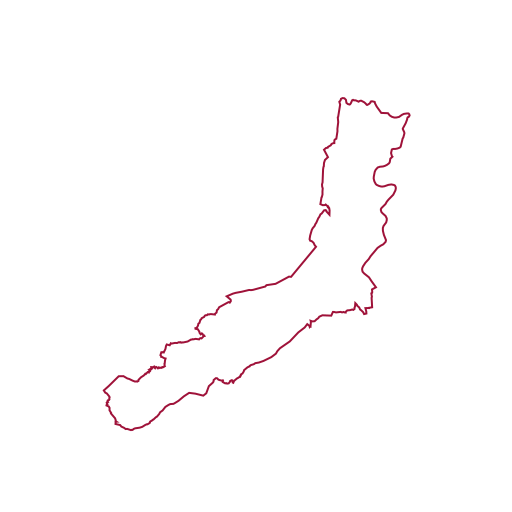 San Lucas, Michoacán, Mexico (Mercator projection), rotated 244°
{"feature_id": "50627088B69518747505267", "entity_name": "San Lucas", "entity_type": "district", "adm_level": 2, "iso_a3": "MEX", "parent_name": "Mexico", "parent_adm1": "Michoacán", "projection": "mercator", "projection_center": [-100.756, 18.588], "detail": "fine", "context": "isolated", "style": "outline", "palette": "rose", "viewbox_px": 512, "rotation_deg": 244, "n_neighbors": 0, "source": "geoboundaries", "source_scale": "gbopen_adm2", "svg_char_len": 6089}
<svg xmlns="http://www.w3.org/2000/svg" viewBox="0 0 512 512"><g transform="rotate(244 256 256)"><path d="M201.9,60.3L199.3,60.6L197.8,61.7L193.9,62.6L193.0,62.4L192.6,61.8L191.4,61.4L191.0,60.7L191.2,59.5L190.7,58.9L189.7,58.9L189.9,58.2L189.6,57.5L188.0,57.5L188.0,56.8L187.2,56.1L185.3,57.7L183.7,57.8L181.5,56.7L178.5,57.0L178.1,56.6L171.9,58.2L169.8,57.9L169.1,57.4L168.3,57.9L168.6,57.2L166.6,56.1L163.6,59.8L161.7,60.2L159.4,62.1L157.6,63.0L157.1,64.4L154.3,67.3L154.2,68.2L153.8,68.8L154.2,70.3L154.1,71.8L152.7,76.2L152.3,78.9L152.7,82.6L152.6,84.2L152.3,84.6L152.5,87.1L152.7,87.6L153.3,87.9L153.7,88.7L153.6,90.0L154.1,91.4L153.9,91.9L155.0,95.4L155.0,96.4L156.4,99.7L157.6,101.3L158.1,104.3L160.1,108.4L160.5,112.1L160.5,114.0L159.3,117.0L159.4,118.7L159.8,122.8L161.5,129.7L162.3,135.9L158.9,141.1L153.6,147.4L154.4,151.1L159.7,156.6L161.1,161.6L161.7,162.7L163.1,163.6L163.8,166.3L163.2,167.4L161.4,168.0L160.7,168.6L158.9,170.7L158.8,171.7L158.4,171.7L157.8,170.9L157.4,170.8L155.0,172.5L154.8,173.5L154.0,174.0L153.5,175.6L154.5,177.7L154.9,177.8L155.1,179.5L154.6,180.2L152.5,179.6L152.0,180.0L153.1,181.2L153.5,182.1L154.3,185.3L154.3,186.6L154.5,187.2L154.3,188.6L155.2,189.7L155.3,190.7L155.6,189.9L156.2,190.7L156.3,192.3L157.6,194.4L158.6,195.2L159.7,199.6L159.6,201.9L160.0,202.2L160.2,203.6L159.7,206.6L160.0,208.4L159.0,211.8L158.4,216.7L158.4,225.4L159.5,231.1L161.1,233.4L162.6,237.1L164.4,248.9L168.8,260.6L170.4,268.4L172.3,272.2L169.8,273.4L168.8,273.2L169.0,273.6L168.6,274.0L172.8,276.5L173.8,276.7L172.5,278.0L171.7,280.1L172.5,282.6L172.8,284.6L173.7,286.3L173.6,289.7L169.4,297.5L172.0,300.6L171.5,301.6L170.2,303.2L168.6,307.7L167.6,308.6L167.3,310.2L166.6,310.7L165.9,311.8L166.5,312.1L167.1,314.2L166.1,316.8L165.7,319.1L164.9,319.8L165.2,321.3L166.4,321.9L167.1,322.8L170.1,324.6L168.0,325.3L166.9,325.2L164.5,326.2L162.3,326.1L161.0,326.8L158.5,327.7L156.4,327.7L155.9,330.0L157.8,330.8L161.2,331.5L159.7,334.7L159.9,334.8L159.0,337.9L167.8,341.6L168.5,342.3L171.9,343.3L172.0,344.2L172.7,344.7L175.1,345.6L175.3,350.1L182.7,348.8L187.3,348.2L193.0,345.5L195.2,344.9L197.2,345.4L198.4,346.1L199.8,347.7L202.0,351.4L203.8,356.0L205.6,358.9L210.0,368.8L210.6,372.6L210.7,375.5L211.9,378.7L213.3,379.8L218.9,380.2L223.0,381.1L225.6,382.3L227.1,383.8L229.1,387.7L231.0,389.3L232.5,390.0L235.2,390.0L239.1,388.4L240.6,388.0L242.4,388.3L243.4,388.8L244.1,389.8L245.9,395.1L247.5,397.4L248.6,399.8L250.9,406.2L253.8,410.0L255.3,411.2L256.7,411.8L258.4,411.8L259.4,411.1L261.0,409.0L261.9,406.1L262.4,401.9L263.1,399.8L263.7,398.8L265.2,397.1L267.1,395.6L268.2,395.2L271.1,395.1L274.0,395.7L275.6,396.6L279.6,399.6L281.0,401.3L282.2,404.2L281.9,406.5L280.8,409.4L280.5,411.3L280.5,413.7L281.0,416.3L281.8,417.4L284.6,419.4L285.4,422.1L285.9,421.9L289.3,422.5L292.2,424.8L292.1,426.2L291.2,428.0L290.6,430.3L290.4,432.6L290.8,433.9L297.3,439.3L297.9,440.3L301.1,443.1L302.2,443.5L305.8,443.6L306.2,443.8L309.7,448.7L312.5,451.7L313.6,452.4L314.2,453.2L314.0,454.0L314.9,455.6L316.1,455.9L317.2,455.6L317.9,454.3L318.9,451.2L318.9,449.1L318.3,445.5L319.0,442.7L319.8,441.0L321.6,439.1L323.8,437.8L326.5,437.2L329.7,431.3L337.4,430.0L340.8,429.9L342.5,430.2L344.0,428.4L344.4,427.6L344.5,426.8L343.8,426.2L343.2,424.7L343.0,422.3L343.3,421.8L345.2,421.3L346.8,420.6L349.4,418.7L349.8,417.8L349.9,416.6L349.7,415.9L351.9,414.1L352.6,413.2L352.9,412.3L353.8,411.7L353.8,410.7L351.8,408.3L351.1,407.1L351.1,406.5L352.3,405.2L354.0,404.4L356.9,405.3L359.0,404.6L360.0,403.0L360.0,401.3L358.7,400.1L358.1,398.5L355.2,398.0L345.0,390.8L344.8,390.3L340.3,388.6L334.6,384.9L332.4,383.9L326.2,379.6L326.2,378.5L325.9,377.5L325.2,376.9L323.2,375.9L323.5,375.3L323.6,373.5L323.5,372.8L322.7,371.7L322.5,368.6L321.9,367.9L322.4,366.3L321.7,363.7L313.3,364.0L312.1,360.1L309.8,357.9L306.8,356.2L306.5,355.7L304.5,354.3L293.0,348.1L291.4,346.7L289.4,345.9L287.5,345.6L285.0,344.1L282.1,342.7L280.1,341.0L280.0,340.6L274.4,336.6L272.4,338.3L271.5,340.4L271.7,341.2L269.1,342.2L269.2,342.5L268.7,342.6L268.2,342.0L267.4,342.3L267.4,342.7L267.0,342.8L264.7,342.1L260.9,340.1L265.3,338.8L266.1,339.1L266.8,338.6L267.2,337.2L265.4,333.7L265.2,332.2L263.4,330.0L262.7,328.6L259.4,324.7L258.7,323.4L257.3,321.8L256.1,319.1L254.9,317.5L250.7,313.7L247.6,311.5L246.0,311.4L244.9,312.6L242.7,313.5L240.0,313.5L238.0,314.0L221.9,278.4L223.0,276.6L222.4,261.4L225.2,252.6L224.5,251.0L226.9,238.4L227.5,236.6L228.5,234.9L230.1,227.7L231.8,221.5L232.3,218.7L232.6,212.0L228.1,214.0L227.4,214.0L226.4,213.5L225.6,212.0L226.3,211.6L226.6,211.0L226.1,200.4L224.8,198.6L224.4,197.1L222.5,195.8L222.0,193.8L221.4,193.4L223.2,190.6L223.9,189.2L224.0,188.1L224.7,187.2L224.3,186.0L224.9,184.5L224.7,183.7L224.0,182.7L223.9,179.9L223.1,178.9L222.9,177.9L220.7,175.9L220.4,174.5L218.9,173.4L217.7,171.7L217.5,170.6L217.7,169.9L217.1,169.7L215.7,171.6L212.9,171.9L211.5,171.6L209.8,172.0L210.2,173.4L209.3,173.8L207.9,173.8L207.3,174.6L206.7,174.6L206.9,174.0L205.8,170.9L206.5,170.1L206.5,169.2L206.0,168.3L208.0,165.4L208.5,163.3L209.0,162.6L209.0,161.7L209.4,161.0L209.1,157.1L210.1,153.1L210.4,152.1L210.8,151.7L210.9,150.7L211.7,150.3L211.8,149.4L212.3,149.0L212.4,146.9L213.4,145.1L214.3,141.6L214.9,141.2L213.6,139.3L215.6,137.0L214.5,135.6L212.2,133.9L209.9,131.0L210.3,130.8L210.1,130.0L210.7,129.6L211.0,128.7L208.7,126.6L207.4,126.9L206.9,126.6L206.4,127.3L204.4,128.7L203.5,129.8L202.1,128.5L199.1,126.6L199.1,126.4L197.9,126.0L197.5,125.6L196.9,125.7L196.7,123.9L197.3,123.1L196.8,122.2L197.4,121.5L197.5,120.4L198.5,119.9L198.0,118.6L199.8,117.9L200.1,117.6L199.9,117.2L200.0,116.9L199.4,116.1L199.7,116.0L200.1,116.3L200.9,116.1L200.6,115.8L201.2,115.6L201.3,115.2L200.9,114.1L201.5,114.1L202.1,113.1L200.1,112.3L200.1,111.7L200.8,111.3L200.7,110.5L200.2,111.0L199.0,110.4L198.9,110.0L199.6,109.7L198.3,108.6L198.7,108.2L199.1,108.2L199.2,107.9L198.2,105.2L198.7,104.9L197.8,102.8L197.4,99.5L196.2,96.1L195.2,95.5L195.2,94.1L195.6,93.9L196.2,92.2L198.0,90.5L201.1,88.1L202.3,86.7L206.1,84.2L208.1,79.9L203.7,66.7L201.9,60.3Z" fill="none" stroke="#9f1239" stroke-width="2"/></g></svg>